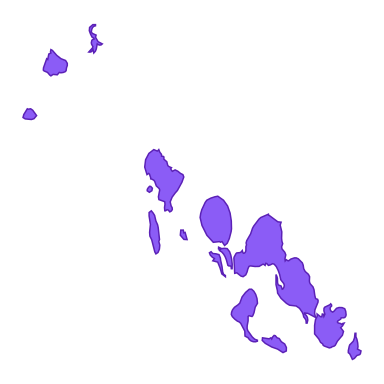 Western, Equal Earth projection
{"feature_id": "SLB-3507", "entity_name": "Western", "entity_type": "Province", "adm_level": 1, "iso_a3": "SLB", "parent_name": "Solomon Islands", "parent_adm1": "", "projection": "equal_earth", "projection_center": [157.155, -7.826], "detail": "fine", "context": "isolated", "style": "filled", "palette": "violet", "viewbox_px": 384, "rotation_deg": 0, "n_neighbors": 0, "source": "natural_earth", "source_scale": "10m", "svg_char_len": 5997}
<svg xmlns="http://www.w3.org/2000/svg" viewBox="0 0 384 384"><path d="M304.6,314.0L306.3,315.4L307.4,317.4L307.8,320.1L307.1,323.1L306.2,323.1L306.0,320.4L305.1,318.7L303.7,316.9L303.2,314.5L302.2,312.2L299.5,308.3L296.2,306.0L289.5,305.2L286.4,303.3L281.0,298.3L277.6,293.1L277.4,290.7L276.0,284.6L276.0,274.5L276.9,276.4L277.4,278.3L277.6,282.9L278.2,284.9L281.1,286.0L282.2,289.2L283.0,288.9L283.9,287.3L284.3,285.2L283.7,283.5L280.8,279.8L279.6,274.4L278.2,270.5L276.3,266.6L274.2,264.2L272.6,263.7L270.3,264.9L268.4,265.4L266.7,263.5L265.8,263.3L265.1,265.4L263.7,264.3L262.7,264.3L259.1,266.4L255.0,266.5L250.4,265.9L249.0,266.4L247.9,268.8L247.1,271.9L245.8,274.8L243.1,276.7L241.0,276.1L236.8,272.8L234.7,273.3L233.9,258.0L234.2,256.9L236.0,253.6L236.8,252.9L239.9,252.6L241.1,252.0L242.3,250.5L242.9,252.7L243.7,253.3L244.7,252.9L245.6,251.7L245.9,250.1L245.9,246.6L246.5,244.9L246.1,242.9L246.7,240.7L250.6,233.9L252.5,228.3L253.7,226.1L258.9,219.2L260.8,217.5L268.4,214.2L268.5,215.2L269.2,215.4L277.8,221.8L281.1,222.2L280.2,225.1L281.8,231.9L281.6,238.2L281.9,241.2L282.7,243.7L281.6,246.8L282.0,248.9L284.8,252.3L285.8,254.9L284.9,258.8L285.2,260.8L286.1,259.6L287.6,260.6L288.6,260.8L290.8,259.1L294.3,257.9L296.3,257.9L298.3,258.8L302.3,262.8L303.2,265.2L303.7,268.7L305.2,271.5L308.4,274.3L309.6,276.7L309.4,280.9L309.6,282.4L310.3,283.9L313.0,286.9L314.0,289.7L314.8,295.4L315.5,298.3L316.0,298.8L317.6,299.3L318.1,300.5L318.0,302.2L314.9,309.9L314.6,313.3L315.5,317.4L307.9,313.4L304.6,313.0L304.6,314.0ZM182.9,174.6L183.8,177.0L181.9,182.3L177.4,190.5L175.1,193.1L172.1,197.2L170.2,201.9L171.1,205.8L172.2,207.8L172.3,209.6L171.4,211.0L169.8,211.9L168.4,210.2L167.0,209.7L165.6,210.8L164.8,210.8L164.5,207.5L165.0,204.2L164.7,201.7L158.9,199.6L158.4,196.8L159.7,190.0L159.2,188.6L156.3,185.9L154.7,181.4L153.8,180.2L151.7,179.1L150.7,178.9L150.7,177.8L149.4,174.0L148.7,173.4L147.0,174.6L144.7,167.1L145.6,159.7L148.9,153.4L153.8,149.6L156.6,150.8L157.6,151.0L158.8,149.6L159.8,152.2L161.3,154.1L161.6,155.0L161.6,156.2L163.5,156.5L163.9,157.0L163.9,159.2L166.8,161.7L167.8,165.6L169.0,166.6L171.5,167.7L170.6,168.9L172.3,171.3L175.1,169.9L177.8,171.2L180.5,173.4L182.9,174.6ZM219.5,241.6L213.3,242.3L206.9,235.3L202.0,225.5L200.1,217.5L200.7,213.5L201.8,209.7L205.2,202.4L206.8,200.2L210.6,198.2L214.8,196.8L217.8,196.2L223.5,200.2L227.6,206.0L230.1,213.1L231.3,221.0L231.5,228.9L231.1,231.7L229.3,238.6L227.2,243.3L224.6,245.5L222.0,241.6L220.4,242.2L219.5,241.6ZM336.5,308.3L339.0,307.5L342.1,307.6L344.7,308.7L345.7,311.2L346.1,314.7L345.9,315.9L344.9,317.4L343.8,317.8L341.2,317.8L340.7,319.1L337.8,321.0L337.4,322.0L338.2,323.0L340.6,323.5L341.5,324.3L342.8,323.4L344.1,323.1L342.5,325.9L340.7,327.7L343.5,331.4L342.4,335.3L337.4,341.2L335.3,345.2L334.2,346.1L332.0,346.8L331.1,347.5L329.3,347.9L324.2,346.0L323.1,345.2L322.8,344.1L322.0,343.4L320.6,342.4L318.8,339.0L314.6,333.9L314.6,325.4L315.5,319.6L317.2,316.3L317.1,314.0L320.5,316.7L321.8,316.8L322.3,314.0L323.1,314.1L323.5,314.6L323.9,316.4L324.9,314.2L323.9,310.9L324.0,308.3L324.7,307.2L329.9,304.7L330.7,303.8L331.6,305.0L331.6,306.1L330.5,307.1L330.1,308.4L330.3,309.8L331.1,311.2L332.7,312.1L334.0,311.2L336.5,308.3ZM252.0,316.5L249.0,315.7L248.1,316.4L248.1,320.9L247.2,325.6L247.1,328.3L247.7,330.5L252.2,336.9L254.7,339.2L257.4,340.2L257.4,341.2L255.5,341.8L253.2,341.7L251.0,340.9L249.4,339.6L248.0,337.7L245.0,336.1L244.8,331.1L240.7,323.3L239.3,322.0L237.3,321.1L234.7,319.1L232.3,316.6L231.3,314.5L231.6,312.2L232.4,310.1L233.5,308.5L234.6,307.2L237.9,304.9L239.8,303.1L242.1,296.9L245.6,292.4L249.3,289.2L251.6,289.2L253.8,291.2L255.7,294.4L257.0,298.5L257.5,303.3L255.2,307.2L254.0,312.7L252.8,315.7L252.0,316.5ZM61.0,58.7L65.6,60.5L67.3,63.3L67.3,65.5L66.5,67.8L66.1,70.7L65.2,71.7L63.1,72.5L60.8,72.8L59.3,72.4L57.3,74.8L53.1,74.4L50.9,75.9L49.8,75.1L47.5,72.4L44.0,70.9L43.3,70.1L43.5,67.8L46.7,58.7L47.7,59.5L48.8,54.0L50.9,53.0L50.5,51.7L50.9,49.6L52.4,50.4L56.8,55.4L61.0,58.7ZM158.2,227.6L159.5,239.5L158.8,241.6L159.8,245.1L159.4,249.2L158.0,252.5L155.9,253.9L154.8,251.9L151.7,239.8L149.9,236.1L149.6,232.4L150.4,224.4L149.1,216.0L149.1,212.5L151.3,210.8L153.1,213.0L154.6,215.4L155.9,221.0L157.6,224.8L158.2,227.6ZM281.3,341.7L284.7,344.0L286.4,347.5L286.3,351.0L283.0,352.6L277.6,349.1L271.7,347.0L265.2,343.3L262.2,340.4L262.5,337.8L269.1,338.8L270.9,337.8L271.7,339.0L272.7,336.9L274.1,335.4L275.3,335.7L277.1,337.8L279.2,338.5L281.3,341.7ZM357.5,349.1L361.0,350.9L360.4,353.7L359.7,354.6L356.9,355.5L354.4,358.4L352.4,359.4L350.1,354.5L349.5,353.6L348.3,352.7L348.3,350.6L349.2,346.4L349.7,344.9L353.3,341.2L354.5,337.8L355.0,333.3L355.9,333.3L355.9,336.8L356.9,339.2L357.7,343.0L358.0,346.8L357.5,349.1ZM98.1,41.7L102.3,43.9L101.1,44.9L99.8,45.1L98.4,44.7L97.2,43.9L96.3,49.0L95.4,51.2L93.8,53.0L93.0,49.6L92.1,51.0L91.2,51.8L90.0,52.1L88.8,52.0L92.5,47.9L92.9,46.6L91.6,44.3L91.3,42.8L91.8,40.5L92.3,39.8L94.2,39.0L93.6,38.0L92.1,37.2L90.5,34.0L89.3,30.7L89.6,27.4L92.9,24.6L95.5,24.6L95.5,25.8L93.8,26.3L92.5,27.6L91.7,29.6L91.3,32.0L92.4,33.4L96.1,35.1L95.5,37.2L98.1,41.7ZM232.1,268.7L231.3,268.7L231.1,266.4L230.1,265.9L229.0,266.0L227.9,265.4L226.3,259.6L225.1,256.6L223.7,254.2L221.9,252.1L219.5,250.5L220.4,249.5L219.1,249.3L218.5,248.9L218.6,247.2L221.6,248.6L224.5,248.3L227.2,248.6L229.6,251.7L230.8,255.1L231.7,259.5L232.2,264.2L232.1,268.7ZM30.7,108.8L32.7,110.2L36.6,115.6L34.0,118.7L31.4,119.5L25.2,118.9L23.0,117.5L23.8,114.5L27.3,108.8L28.1,109.2L30.7,108.8ZM222.0,266.4L222.7,271.9L223.6,274.3L225.4,275.5L225.4,276.7L221.8,273.9L220.0,267.8L217.7,262.1L212.8,260.8L214.4,258.5L212.4,257.3L210.3,255.1L209.4,252.8L211.1,251.7L212.7,253.5L215.9,253.8L219.0,254.6L220.4,258.0L220.6,260.1L222.0,266.4ZM183.3,230.1L183.8,232.8L185.1,232.4L187.1,239.6L183.9,239.4L180.3,235.2L180.8,230.1L183.3,230.1ZM150.7,186.4L152.4,188.2L151.9,190.7L149.4,192.3L147.2,190.8L147.3,189.3L148.3,187.7L149.6,186.3L150.7,186.4Z" fill="#8b5cf6" stroke="#5b21b6" stroke-width="1.5"/></svg>